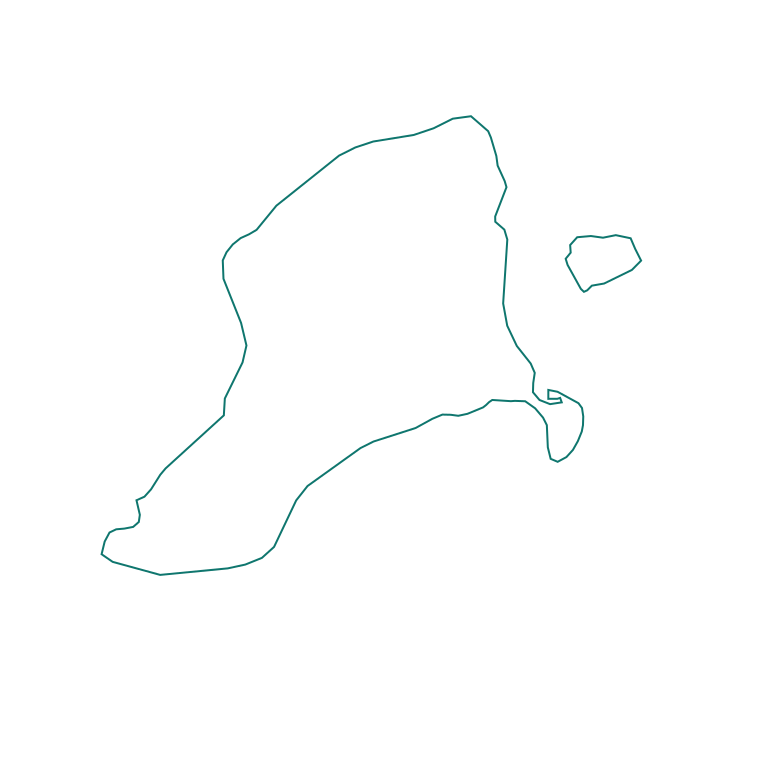 map outline of Bali (Robinson projection), rotated 296°
{"feature_id": "IDN-1232", "entity_name": "Bali", "entity_type": "Province", "adm_level": 1, "iso_a3": "IDN", "parent_name": "Indonesia", "parent_adm1": "", "projection": "robinson", "projection_center": [115.184, -8.453], "detail": "fine", "context": "isolated", "style": "outline", "palette": "teal", "viewbox_px": 768, "rotation_deg": 296, "n_neighbors": 0, "source": "natural_earth", "source_scale": "10m", "svg_char_len": 1535}
<svg xmlns="http://www.w3.org/2000/svg" viewBox="0 0 768 768"><g transform="rotate(296 384 384)"><path d="M620.9,301.6L635.6,316.5L652.6,329.5L662.8,344.8L656.9,366.8L652.4,372.0L638.2,385.0L630.1,390.4L619.3,403.5L614.6,407.8L583.3,410.5L578.6,412.9L575.5,424.5L567.9,431.5L508.6,455.8L490.4,469.2L476.4,486.7L466.7,506.9L460.1,514.6L450.3,517.7L441.9,521.5L437.8,530.8L438.7,542.1L445.4,551.8L448.7,548.4L446.7,546.3L442.7,538.2L450.7,534.3L453.1,543.4L452.0,567.2L449.2,572.5L442.2,577.3L434.2,580.9L428.0,582.6L417.6,583.3L407.6,582.7L398.3,580.0L390.2,574.2L389.8,566.6L398.9,559.0L418.4,548.4L423.5,541.7L428.4,530.5L430.4,518.5L426.2,509.0L424.2,505.6L417.1,488.3L413.8,486.4L409.9,485.0L406.4,483.3L393.8,472.1L388.0,464.7L385.6,457.5L382.1,449.9L373.9,442.7L358.3,431.7L327.7,399.8L316.2,391.0L258.8,360.0L240.9,356.1L189.4,356.6L174.2,350.5L160.9,338.5L149.8,324.4L114.3,266.5L105.2,218.1L107.2,204.8L120.0,202.0L130.2,202.4L136.0,207.0L140.2,214.0L145.6,221.2L152.5,224.1L159.4,221.9L171.0,212.5L177.7,218.1L187.2,220.8L204.4,222.7L212.4,224.7L285.6,253.8L301.2,247.3L341.4,247.4L358.3,243.5L376.2,228.8L408.2,193.6L424.4,184.9L433.4,184.7L443.2,186.9L452.3,191.2L459.3,197.0L466.7,201.9L497.1,209.1L569.6,243.5L584.0,254.5L597.2,268.0L620.9,301.6ZM590.5,490.4L600.6,493.3L607.7,505.1L611.5,516.7L619.4,527.1L623.1,541.8L615.5,550.6L607.6,561.0L595.2,556.8L570.8,537.8L563.5,527.7L557.3,525.6L554.5,523.3L555.8,519.2L571.5,496.8L576.2,492.4L583.9,494.2L590.5,490.4Z" fill="none" stroke="#0f766e" stroke-width="2"/></g></svg>